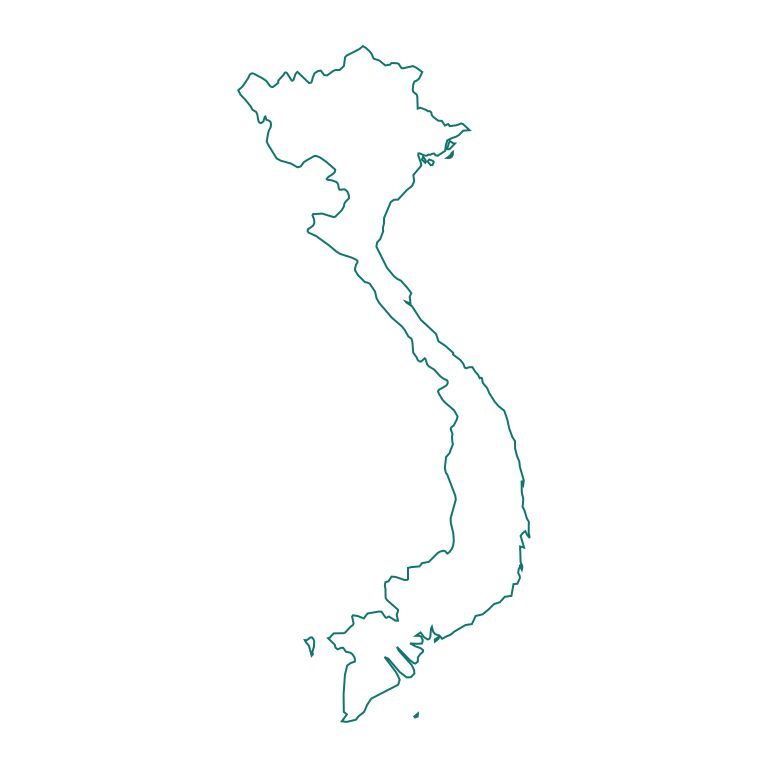 an SVG outline of Vietnam
{"feature_id": "VNM", "entity_name": "Vietnam", "entity_type": "country or territory", "adm_level": 0, "iso_a3": "VNM", "parent_name": "Asia", "parent_adm1": "", "projection": "robinson", "projection_center": [106.111, 15.964], "detail": "fine", "context": "isolated", "style": "outline", "palette": "teal", "viewbox_px": 768, "rotation_deg": 0, "n_neighbors": 0, "source": "natural_earth", "source_scale": "50m", "svg_char_len": 6068}
<svg xmlns="http://www.w3.org/2000/svg" viewBox="0 0 768 768"><path d="M469.6,130.2L463.1,130.7L459.1,134.9L456.3,136.6L452.0,138.1L447.3,140.4L446.0,144.6L445.1,150.9L437.6,155.8L435.5,155.3L434.1,153.5L431.9,153.9L430.4,154.8L428.6,154.6L426.6,155.7L424.0,155.4L420.2,153.5L418.5,153.4L418.2,155.3L420.7,162.3L421.3,165.6L413.3,175.1L414.2,181.3L412.0,186.0L407.1,189.8L398.0,199.6L393.9,199.8L390.8,202.0L384.0,218.1L384.0,223.6L382.9,227.7L383.1,231.5L380.2,239.2L377.1,242.4L376.4,246.6L387.0,267.8L394.0,276.3L397.2,278.9L401.0,280.7L407.8,288.4L411.3,293.2L409.7,296.6L410.5,303.6L405.6,301.6L406.2,302.4L412.0,306.2L420.8,319.8L436.1,334.0L438.5,341.3L445.5,346.0L453.3,352.9L453.0,354.5L460.3,360.0L463.4,363.9L464.7,367.6L466.6,368.2L468.8,367.3L472.5,367.2L474.8,371.2L478.1,374.9L479.7,378.2L481.0,377.7L482.0,378.3L482.8,382.9L487.2,388.2L489.3,393.2L494.5,401.4L498.4,406.0L504.3,410.8L507.4,419.9L509.1,428.1L512.4,437.2L515.0,441.1L515.1,448.6L517.1,456.3L519.3,461.5L519.9,466.9L523.8,480.5L523.2,484.7L521.6,480.6L521.8,492.7L523.3,499.1L522.6,506.9L524.2,509.7L526.9,518.5L528.8,521.7L528.7,532.6L529.7,538.0L527.1,534.8L525.3,531.1L522.8,533.0L520.6,535.9L524.1,547.6L520.1,546.5L520.6,562.2L522.2,565.8L522.3,567.6L521.8,569.7L520.7,567.4L520.5,565.0L519.9,565.5L519.9,566.8L518.6,569.5L518.2,573.0L519.7,575.9L519.9,578.1L517.3,583.8L513.5,584.1L511.4,595.9L504.8,596.8L499.9,602.2L494.0,604.1L488.6,609.4L482.7,614.3L475.6,616.0L471.9,624.1L465.6,625.0L454.3,631.6L450.5,634.8L447.1,636.1L442.1,638.8L439.4,635.5L435.2,634.2L433.1,631.6L431.9,626.8L431.0,628.7L430.3,636.9L429.5,638.7L427.7,639.5L424.1,637.2L420.6,632.5L415.8,635.8L419.5,635.9L421.2,636.7L422.7,639.8L422.6,641.5L421.9,643.5L417.3,643.8L410.1,643.4L415.6,646.4L420.7,648.2L423.0,650.1L423.0,651.7L420.1,654.3L417.9,657.5L417.8,661.6L415.4,663.5L413.8,663.1L409.5,659.8L396.9,646.9L398.8,650.6L411.8,665.2L414.1,670.1L414.4,673.5L410.9,677.2L406.6,677.4L399.6,671.9L388.4,658.8L384.6,657.0L395.9,672.0L397.8,675.6L399.7,679.8L398.2,684.7L371.3,698.6L367.3,704.6L364.1,711.9L358.8,716.1L355.7,719.8L346.7,721.9L341.8,721.3L346.9,714.4L343.8,711.9L343.6,694.3L344.9,675.1L347.2,665.5L350.6,663.1L354.8,661.6L354.9,659.6L354.5,657.3L352.2,654.0L349.8,652.5L346.0,651.8L343.2,647.8L341.0,647.9L337.6,649.3L335.5,647.6L334.8,644.8L328.1,638.2L329.7,637.7L333.6,633.4L343.7,633.2L345.1,632.6L350.5,626.8L353.0,624.9L353.6,623.5L352.1,616.5L353.0,615.3L357.6,616.0L363.8,618.4L367.5,613.5L379.2,611.5L381.5,611.7L385.5,617.5L386.4,617.8L388.9,616.5L395.4,620.6L398.0,620.7L396.7,614.8L398.1,610.7L397.9,609.6L387.0,600.1L385.6,597.8L385.5,589.0L384.8,585.7L385.4,582.2L388.4,581.4L391.6,576.6L395.5,576.9L405.0,580.1L407.4,579.8L408.0,579.3L408.0,567.9L411.5,567.1L419.5,566.4L422.1,563.1L428.8,561.9L437.9,552.8L440.1,551.6L442.8,550.8L444.8,550.9L447.3,553.6L449.5,552.0L451.9,548.8L453.1,545.7L453.8,540.8L453.3,533.2L450.8,522.8L450.6,518.3L455.8,499.7L455.3,495.8L447.1,474.2L446.0,473.0L444.8,468.1L446.1,457.0L449.4,453.3L452.9,444.2L452.3,441.6L452.0,436.5L452.5,434.0L450.7,429.1L451.3,427.2L453.7,425.5L456.8,419.5L457.6,416.5L454.0,410.2L445.0,402.5L442.6,399.8L439.0,393.9L438.0,391.4L438.9,389.8L445.8,385.9L447.1,384.6L447.8,382.5L447.2,380.4L443.2,378.5L440.1,376.1L434.2,369.6L428.6,366.2L427.1,364.2L425.4,358.8L424.7,358.3L421.0,361.6L419.2,361.3L417.6,359.8L416.9,357.7L413.2,352.6L412.4,342.2L411.5,338.7L408.4,336.5L404.7,330.0L402.2,326.7L391.7,317.6L379.1,302.8L376.6,298.4L375.0,291.5L369.8,283.7L367.5,282.6L364.9,282.1L358.1,275.3L356.2,272.2L355.0,270.2L355.1,268.1L356.1,264.6L357.4,262.6L357.5,261.0L356.2,259.7L351.4,257.5L340.4,254.0L336.2,251.4L329.6,245.8L316.2,236.1L308.7,232.7L307.6,231.1L307.8,229.4L313.0,225.8L314.4,222.9L314.0,219.2L312.5,215.4L313.2,214.1L322.3,213.6L333.7,217.1L335.3,216.7L341.5,210.5L343.8,206.7L344.4,203.6L345.6,201.7L348.9,198.4L348.9,195.4L347.3,191.5L345.7,190.0L344.3,189.3L339.8,189.8L338.9,188.9L338.1,184.2L336.6,182.1L331.8,180.3L327.6,179.8L326.7,179.0L328.3,177.0L333.2,173.8L334.9,171.8L335.2,169.6L326.0,161.6L319.9,157.4L316.2,155.9L314.2,156.1L307.5,159.8L303.8,162.2L300.8,166.4L297.6,167.3L290.8,163.5L280.8,160.7L276.6,158.4L267.9,144.2L266.7,141.3L268.1,133.3L269.0,130.3L270.6,127.4L271.0,124.8L270.7,122.3L269.4,120.8L266.5,119.8L265.4,116.5L264.7,116.9L263.6,121.0L262.3,122.4L260.6,123.1L259.3,122.5L258.4,120.9L257.3,114.5L256.2,112.0L252.4,109.6L250.7,106.4L245.1,99.5L240.5,94.7L238.3,90.3L242.7,86.3L248.2,78.1L249.4,75.3L250.3,74.1L252.0,73.3L253.8,73.7L261.9,78.0L266.2,80.8L270.3,86.3L272.1,87.1L273.1,86.9L278.3,82.8L278.3,80.5L283.4,75.0L284.8,72.7L285.8,72.4L287.0,73.1L291.5,80.3L292.4,80.7L293.6,79.7L295.5,74.0L297.4,71.9L309.0,83.0L310.1,82.9L311.3,82.5L312.0,80.8L312.9,77.2L314.6,73.2L318.1,71.0L320.8,70.6L324.2,75.1L327.1,75.4L333.3,70.9L335.3,70.1L339.6,70.0L343.9,66.0L345.1,57.3L346.6,55.6L359.5,49.0L362.9,46.1L365.8,47.8L369.4,51.1L371.5,53.6L373.6,58.6L379.3,60.5L385.3,65.4L390.0,64.7L391.5,63.0L397.3,63.3L398.7,63.9L401.3,67.9L402.5,68.4L412.9,66.1L416.1,67.6L422.3,72.0L419.2,78.5L416.5,80.8L414.5,81.4L413.2,84.7L412.7,89.6L413.4,92.0L416.6,94.5L417.3,96.6L417.7,108.6L420.3,107.7L426.1,109.9L428.1,111.3L429.9,111.2L431.3,112.5L431.8,115.2L433.5,117.1L438.1,120.6L441.8,120.9L445.0,125.6L448.2,124.0L449.7,126.1L456.4,125.3L461.1,123.5L462.8,123.9L469.6,130.2ZM313.5,639.2L314.2,641.4L313.9,646.8L312.4,652.0L312.8,654.3L311.6,655.7L309.0,645.9L305.6,641.7L304.8,640.1L306.8,640.2L310.3,637.5L312.0,637.4L313.5,639.2ZM455.0,143.5L449.3,149.3L447.1,149.2L449.0,142.7L450.0,141.1L453.4,143.4L455.0,143.5ZM432.4,165.0L430.7,165.2L427.6,161.5L429.3,159.5L432.8,160.9L433.7,161.8L433.6,162.6L432.4,165.0ZM451.8,156.8L449.6,158.0L446.9,157.9L450.1,155.6L451.7,152.9L452.9,151.9L452.9,154.3L451.8,156.8ZM425.8,161.9L425.3,162.8L422.0,159.7L423.0,156.7L425.4,159.9L425.8,161.9ZM438.4,638.9L435.0,641.6L434.8,639.3L437.7,637.8L438.7,636.6L439.5,636.7L438.4,638.9ZM417.7,716.5L415.1,717.5L414.3,716.5L417.9,713.5L417.7,716.5Z" fill="none" stroke="#0f766e" stroke-width="2"/></svg>